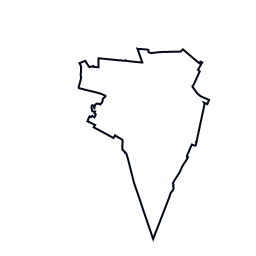 Valea Nucarilor, Tulcea, Romania (Robinson projection), rotated 22°
{"feature_id": "2599482B55902269150341", "entity_name": "Valea Nucarilor", "entity_type": "district", "adm_level": 2, "iso_a3": "ROU", "parent_name": "Romania", "parent_adm1": "Tulcea", "projection": "robinson", "projection_center": [28.899, 45.009], "detail": "fine", "context": "isolated", "style": "outline", "palette": "ink", "viewbox_px": 256, "rotation_deg": 22, "n_neighbors": 0, "source": "geoboundaries", "source_scale": "gbopen_adm2", "svg_char_len": 5272}
<svg xmlns="http://www.w3.org/2000/svg" viewBox="0 0 256 256"><g transform="rotate(22 128 128)"><path d="M189.9,76.6L189.4,76.3L189.1,76.1L190.1,76.1L190.6,76.1L191.4,76.1L192.6,76.1L192.6,74.5L192.6,73.8L192.7,71.6L189.2,71.5L188.5,71.5L186.8,71.5L186.2,71.4L185.1,71.4L183.5,71.3L183.2,71.3L182.5,71.0L181.4,70.7L179.9,70.2L179.1,69.9L178.6,69.6L177.0,68.6L176.6,68.3L174.6,67.1L173.8,66.6L172.5,65.8L172.4,65.6L172.5,65.6L172.4,65.4L172.7,62.3L172.8,60.7L172.9,58.9L172.9,58.5L173.3,48.8L173.3,48.7L173.1,48.5L171.1,47.8L171.9,42.0L172.3,39.4L170.4,39.3L170.2,40.1L170.1,40.3L169.9,41.2L168.6,40.8L168.1,40.7L166.0,40.0L164.2,39.4L163.1,39.1L159.5,37.9L152.9,35.7L151.9,35.3L149.5,34.5L148.2,37.4L147.4,37.8L146.2,38.3L144.8,38.9L141.2,40.4L141.0,40.5L139.0,41.3L136.9,42.3L136.7,42.3L136.2,42.6L135.8,42.8L135.7,42.9L132.6,44.0L131.6,44.6L131.2,44.8L130.0,45.3L129.4,45.5L128.8,45.9L128.2,46.2L126.3,47.2L124.6,48.1L123.6,48.7L123.3,48.9L123.2,49.0L122.0,49.5L121.6,49.8L121.3,49.9L121.2,49.9L120.7,50.0L120.2,50.0L118.5,49.9L118.4,49.7L117.7,48.1L117.4,47.9L117.1,48.0L116.4,48.1L115.5,48.4L110.9,49.8L110.2,50.0L109.1,50.4L108.2,50.7L107.7,50.9L107.5,51.0L107.2,50.9L107.4,51.1L107.2,51.1L116.7,61.9L116.2,62.1L113.7,62.9L113.0,63.1L112.3,63.3L111.2,63.6L110.0,64.0L109.8,64.0L108.9,64.3L106.7,64.9L104.4,65.6L103.6,65.8L101.7,66.2L101.0,66.5L100.8,66.5L100.6,66.4L100.6,66.5L100.4,66.6L100.1,66.8L97.4,67.7L97.1,67.7L96.7,67.8L95.6,68.0L95.4,68.1L95.2,68.3L94.9,68.4L94.7,68.5L94.3,68.6L93.2,68.9L92.3,69.2L91.7,69.4L90.7,69.7L90.2,69.8L88.2,70.4L87.6,70.6L87.0,70.7L86.7,70.8L85.8,71.1L85.7,71.1L85.4,71.2L74.6,74.4L74.8,75.0L75.4,76.6L75.5,76.8L77.7,82.3L77.9,82.7L76.6,83.1L73.0,84.3L72.6,83.6L69.4,86.0L68.8,85.7L66.1,83.9L65.5,83.4L65.2,83.3L65.0,83.1L64.8,82.9L64.2,82.5L63.7,82.0L63.6,81.9L63.4,81.7L62.9,82.0L62.2,82.7L60.2,84.6L59.3,85.6L59.0,85.8L58.7,86.1L60.5,87.6L61.2,88.1L61.3,88.2L61.5,88.7L61.5,88.9L61.8,89.4L62.0,90.0L62.1,90.3L62.3,90.8L62.4,91.1L62.8,92.2L63.2,92.9L63.4,93.8L63.7,94.8L64.0,95.8L64.4,96.8L64.7,97.4L65.0,97.6L65.2,97.8L65.4,98.5L65.7,99.1L65.8,99.3L66.1,101.5L66.4,103.4L66.4,103.6L66.8,107.2L67.0,109.5L66.9,109.5L72.4,108.7L72.5,108.7L72.8,108.8L73.0,108.8L73.6,108.7L74.0,108.5L75.1,108.4L75.3,108.3L76.4,108.2L78.5,107.9L81.0,107.5L84.7,107.0L86.6,106.7L88.7,106.5L89.1,106.4L90.6,106.4L94.9,106.5L95.2,107.0L95.2,107.3L95.1,107.5L94.6,108.6L94.3,109.0L94.0,109.7L93.8,110.5L93.9,110.8L94.0,111.5L94.2,112.0L94.4,112.5L94.4,113.0L94.4,113.5L94.2,114.1L94.0,114.8L93.7,115.8L93.5,116.6L92.8,116.5L92.4,116.5L91.9,116.6L91.6,116.6L91.0,116.8L90.5,117.1L90.3,117.1L90.2,117.1L89.9,117.1L89.7,117.3L89.4,117.7L89.2,118.2L89.1,118.5L88.9,119.0L88.8,119.3L88.9,119.6L88.9,119.9L88.9,120.2L89.0,120.3L89.0,120.7L89.1,121.6L89.2,121.8L89.4,122.2L89.2,122.2L89.0,121.8L89.0,121.7L88.8,121.0L88.8,120.8L86.8,120.1L86.5,120.2L86.2,120.5L86.1,120.8L86.2,121.2L86.2,121.6L86.3,122.0L86.4,122.3L86.5,122.6L86.6,123.0L87.0,123.5L88.1,124.9L88.4,125.2L88.4,125.7L88.6,125.9L88.9,125.8L89.5,125.5L90.0,125.4L90.7,125.3L91.3,125.1L91.2,126.0L91.2,126.5L91.3,126.8L91.6,127.0L92.8,127.2L92.9,127.5L93.1,128.0L93.1,129.0L92.9,130.7L90.3,130.1L89.5,131.8L88.0,131.7L87.8,134.9L87.8,135.2L87.9,135.4L88.0,135.5L88.1,135.8L88.0,136.6L87.9,137.0L88.7,137.0L90.9,137.1L94.4,137.4L96.4,137.5L95.9,140.2L103.6,141.0L118.3,142.7L118.7,140.4L118.7,140.1L118.7,139.7L118.8,139.7L122.3,140.3L123.3,140.4L125.1,140.7L127.0,140.9L127.1,141.1L127.3,141.4L127.8,142.2L128.1,142.4L128.2,142.7L128.4,143.4L128.5,143.7L128.6,144.1L128.7,144.5L128.8,144.8L129.0,145.3L129.2,145.6L129.3,145.8L129.3,146.1L129.2,146.6L129.4,146.8L129.6,147.3L129.7,147.5L129.9,147.8L130.2,148.2L130.4,148.6L130.4,149.2L130.6,149.5L130.9,150.2L131.4,150.3L132.0,150.4L133.4,151.3L133.6,151.4L134.3,151.4L134.6,152.1L134.8,152.1L135.1,152.2L135.3,152.1L135.5,152.1L135.9,152.2L136.1,152.4L136.5,152.9L140.0,157.3L154.2,176.7L165.1,189.2L173.3,198.9L192.9,221.5L192.2,176.4L191.9,172.4L192.9,168.9L193.0,167.5L192.9,167.0L192.8,166.6L192.6,166.4L192.5,166.2L192.3,165.8L192.2,165.6L191.6,165.2L191.5,164.9L191.7,164.6L191.7,164.3L191.6,164.0L191.4,163.6L191.3,163.3L191.1,163.2L190.7,163.0L190.5,162.7L190.4,162.6L190.5,159.9L192.2,151.3L192.6,147.8L192.6,144.2L193.2,140.4L194.0,136.6L194.6,132.7L193.6,132.7L193.6,132.4L193.3,132.2L193.2,132.1L193.2,131.9L193.1,131.6L193.1,131.3L193.1,131.1L193.1,130.1L193.1,129.3L193.2,127.5L193.2,126.9L193.2,126.6L193.2,125.9L193.2,125.5L193.3,125.1L193.3,124.8L193.2,123.9L193.2,123.5L193.3,123.1L193.3,122.1L193.3,121.7L193.3,120.9L193.3,120.3L193.3,119.7L193.4,119.3L193.5,119.3L194.2,119.4L195.2,119.4L195.7,119.4L196.4,119.4L196.8,119.3L196.9,119.2L197.2,118.9L197.3,118.7L197.3,118.4L197.2,117.8L197.1,117.4L197.0,116.7L196.9,116.5L196.6,116.0L196.8,116.0L196.8,115.8L196.2,112.5L196.2,112.3L196.1,111.8L195.6,109.2L195.5,108.9L195.5,108.3L195.3,106.8L194.9,105.2L194.8,104.6L194.8,104.4L194.8,104.1L194.6,103.6L194.6,103.3L194.4,102.1L194.1,100.6L194.0,99.9L193.7,98.2L193.6,97.9L193.5,97.1L193.4,96.5L193.0,94.2L192.9,93.4L192.7,92.3L192.6,91.8L192.5,91.3L192.3,90.2L192.0,88.8L192.0,88.5L191.8,87.4L191.6,86.2L191.0,82.5L190.8,81.4L190.7,80.7L190.5,80.0L190.1,77.5L189.9,76.6Z" fill="none" stroke="#020617" stroke-width="2"/></g></svg>